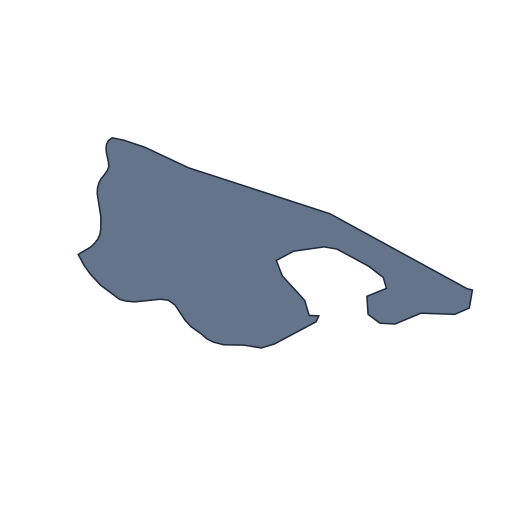 outline of Tunis, rotated 46°
{"feature_id": "TUN-108", "entity_name": "Tunis", "entity_type": "Governorate", "adm_level": 1, "iso_a3": "TUN", "parent_name": "Tunisia", "parent_adm1": "", "projection": "robinson", "projection_center": [10.151, 36.789], "detail": "fine", "context": "isolated", "style": "filled", "palette": "slate", "viewbox_px": 512, "rotation_deg": 46, "n_neighbors": 0, "source": "natural_earth", "source_scale": "10m", "svg_char_len": 925}
<svg xmlns="http://www.w3.org/2000/svg" viewBox="0 0 512 512"><g transform="rotate(46 256 256)"><path d="M430.8,123.9L441.6,138.7L436.0,153.6L411.7,177.1L401.5,203.3L390.3,213.6L375.8,215.9L362.0,204.2L369.9,184.7L359.9,179.4L341.6,182.1L307.2,193.0L296.8,200.6L278.7,225.6L273.3,244.5L288.6,250.9L321.8,251.8L335.6,259.0L342.7,252.4L345.1,258.4L332.1,303.9L325.8,316.1L311.5,326.8L297.3,341.0L288.5,346.4L281.2,349.0L274.0,349.5L261.6,351.9L252.0,351.5L235.1,348.3L226.9,349.8L220.6,354.9L204.8,375.1L198.2,380.8L192.4,384.3L168.9,388.1L154.2,387.8L143.5,386.2L131.3,382.8L134.6,369.2L134.8,364.4L134.1,358.3L132.0,353.3L128.7,348.8L119.8,340.2L100.7,326.8L97.0,322.8L94.2,318.2L92.7,313.5L92.2,308.6L91.0,303.0L89.6,300.0L85.9,296.9L77.7,291.8L74.2,288.9L71.9,286.1L70.4,282.0L71.1,277.3L80.9,270.6L100.6,260.4L145.6,243.3L277.1,173.4L426.3,126.8L430.8,123.9Z" fill="#64748b" stroke="#1e293b" stroke-width="1.5"/></g></svg>